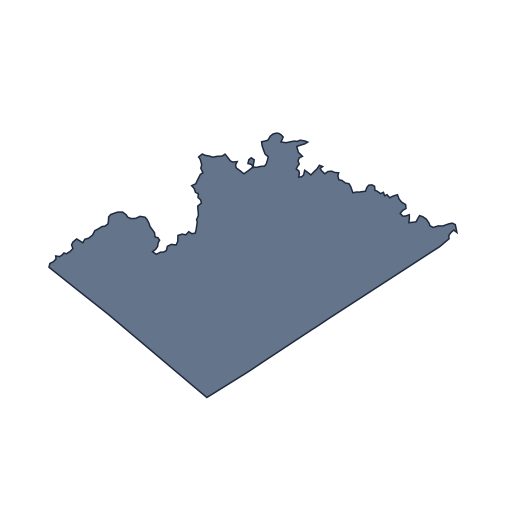 Conceição do Lago-Açu, Maranhão, Brazil (Albers equal-area conic projection), rotated 339°
{"feature_id": "56859067B86224860320323", "entity_name": "Conceição do Lago-Açu", "entity_type": "district", "adm_level": 2, "iso_a3": "BRA", "parent_name": "Brazil", "parent_adm1": "Maranhão", "projection": "albers", "projection_center": [-44.806, -3.793], "detail": "fine", "context": "isolated", "style": "filled", "palette": "slate", "viewbox_px": 512, "rotation_deg": 339, "n_neighbors": 0, "source": "geoboundaries", "source_scale": "gbopen_adm2", "svg_char_len": 2927}
<svg xmlns="http://www.w3.org/2000/svg" viewBox="0 0 512 512"><g transform="rotate(339 256 256)"><path d="M285.1,171.8L279.1,173.7L274.1,174.9L271.8,170.8L269.1,166.7L269.5,163.7L272.3,161.1L268.0,160.0L266.2,158.1L264.9,153.8L263.6,149.8L260.0,150.6L256.2,149.2L250.9,148.2L248.6,146.2L244.9,144.0L242.4,141.5L237.9,143.0L238.6,145.9L238.0,151.4L235.9,154.3L236.3,159.3L233.3,159.9L229.2,163.6L225.6,167.0L221.1,167.3L222.5,170.8L222.3,174.8L224.4,177.3L222.8,180.6L224.4,183.7L224.0,187.0L219.5,188.5L218.3,192.3L217.5,195.3L216.6,197.7L213.6,200.7L213.3,203.3L211.6,206.3L209.2,210.6L207.3,212.9L204.0,212.1L202.0,209.2L198.1,211.1L194.9,209.1L190.5,208.8L188.3,214.2L185.4,217.1L181.1,214.8L176.7,215.2L174.3,218.8L171.0,219.2L168.2,218.2L163.5,218.7L161.0,214.9L164.7,213.8L167.6,211.8L169.4,208.6L171.7,206.7L171.0,203.7L168.6,202.1L169.6,197.8L168.7,194.5L167.6,190.5L167.8,187.5L167.4,183.0L166.3,180.0L161.9,177.4L157.2,177.8L152.8,176.3L150.1,173.8L149.6,171.0L147.1,167.1L142.4,165.4L135.2,165.2L132.4,166.7L131.0,170.0L129.3,173.0L125.7,174.0L122.7,173.3L118.8,174.1L114.6,174.6L110.8,178.0L106.1,179.4L102.2,179.0L99.1,181.6L94.7,175.8L90.2,177.3L87.8,179.5L87.7,183.5L83.9,185.2L79.7,186.0L77.8,184.3L75.2,185.6L72.5,186.2L69.0,184.2L68.3,187.0L64.9,188.7L60.9,189.1L58.7,192.3L77.9,225.0L97.0,257.2L127.3,312.2L136.7,329.3L151.3,355.9L159.4,370.5L207.7,361.2L224.9,357.3L272.9,346.7L282.2,344.7L285.4,344.1L299.1,341.0L303.6,340.0L424.6,314.4L430.6,313.2L442.4,309.1L443.4,305.9L446.6,303.9L449.9,302.7L452.0,306.1L453.3,298.1L451.1,295.7L448.0,295.1L441.0,294.9L436.9,293.2L431.8,292.9L429.3,290.2L429.3,287.2L428.2,282.6L425.8,279.1L423.2,276.9L420.9,278.7L417.6,281.5L410.7,279.7L412.9,275.3L413.9,272.4L410.0,272.3L407.3,271.4L405.9,267.8L409.5,266.0L413.1,265.4L414.1,261.5L411.4,258.2L410.0,254.1L410.0,249.5L405.6,249.2L401.7,249.5L400.3,245.7L397.6,245.8L397.8,242.2L394.6,242.4L392.5,239.1L390.6,237.3L391.7,233.4L389.7,231.1L386.6,230.3L384.3,231.6L381.3,234.8L378.1,233.9L375.3,233.4L372.9,232.3L369.1,231.7L369.3,225.0L368.7,221.8L365.7,220.0L363.2,216.1L360.7,214.6L361.1,210.6L363.0,207.9L359.5,206.3L357.0,203.9L353.4,202.9L349.7,203.9L347.7,199.8L347.3,197.1L350.3,196.4L347.7,194.0L344.1,196.6L341.3,197.7L336.3,200.0L334.4,196.7L332.2,193.4L329.5,197.4L327.0,198.4L324.1,197.6L326.1,194.5L326.5,191.7L324.7,189.3L326.7,187.3L329.3,185.7L329.3,182.2L331.5,179.9L335.1,179.6L332.7,174.4L333.3,168.3L337.8,168.5L341.7,168.8L345.1,168.2L343.0,166.2L338.8,163.7L335.6,163.8L332.9,162.4L330.3,161.9L324.6,161.0L320.2,158.5L324.0,154.7L322.9,151.8L321.1,149.6L318.8,148.5L315.5,148.2L312.2,149.3L308.7,152.1L305.4,151.9L302.2,151.3L301.2,155.2L301.0,160.6L301.1,164.3L303.0,167.8L301.1,170.5L298.3,174.0L296.0,175.1L292.4,174.0L288.4,173.5L285.1,171.8ZM285.1,171.8L288.8,165.6L286.8,162.6L283.8,163.5L281.6,166.8L284.5,168.8L285.1,171.8Z" fill="#64748b" stroke="#1e293b" stroke-width="1.5"/></g></svg>